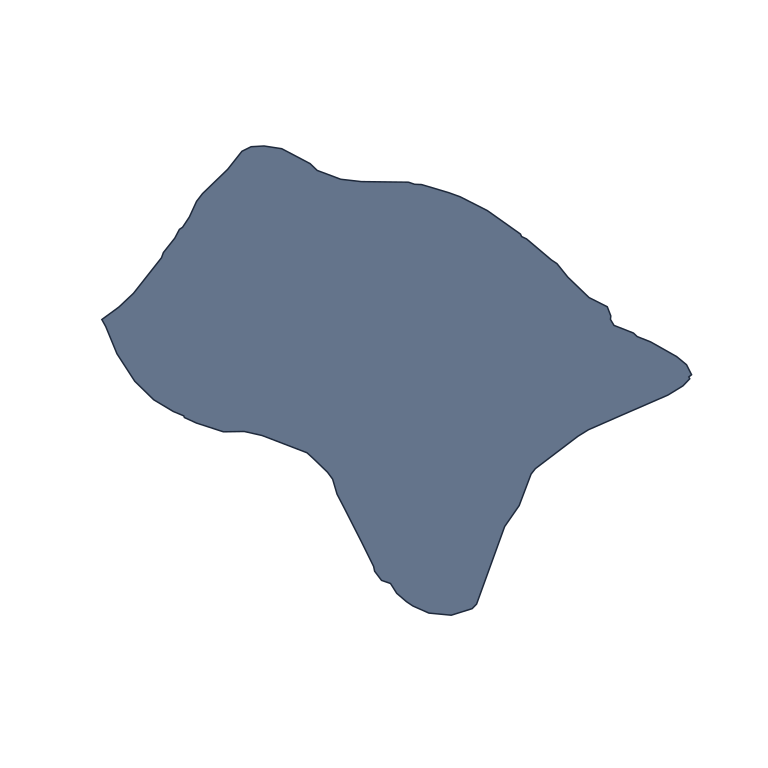 San Sebastián Huehuetenango, Huehuetenango, Guatemala (Natural Earth projection), rotated 289°
{"feature_id": "79465075B22472302807981", "entity_name": "San Sebastián Huehuetenango", "entity_type": "district", "adm_level": 2, "iso_a3": "GTM", "parent_name": "Guatemala", "parent_adm1": "Huehuetenango", "projection": "natural_earth1", "projection_center": [-91.558, 15.427], "detail": "fine", "context": "isolated", "style": "filled", "palette": "slate", "viewbox_px": 768, "rotation_deg": 289, "n_neighbors": 0, "source": "geoboundaries", "source_scale": "gbopen_adm2", "svg_char_len": 1190}
<svg xmlns="http://www.w3.org/2000/svg" viewBox="0 0 768 768"><g transform="rotate(289 384 384)"><path d="M565.1,181.1L557.8,173.9L536.1,166.3L504.9,150.4L495.7,147.3L478.6,145.6L466.6,142.5L463.6,140.2L453.8,138.7L436.5,132.6L430.9,132.5L388.2,117.6L370.5,108.3L353.1,96.2L347.7,102.2L325.6,121.7L305.4,147.5L294.1,171.4L289.4,193.7L288.7,205.0L287.3,206.2L286.0,219.4L286.5,247.7L293.6,267.3L295.6,285.4L293.9,333.6L290.9,340.6L282.2,359.3L277.3,366.4L264.5,375.5L253.7,386.9L235.7,405.5L227.8,413.7L208.1,433.6L203.9,436.1L197.5,445.6L197.5,455.1L190.2,464.2L185.5,476.1L183.5,483.6L182.0,501.0L187.3,522.9L200.3,540.5L206.0,543.2L288.5,544.5L313.0,551.4L346.7,552.4L353.3,554.7L397.6,584.3L407.4,592.3L431.8,618.8L466.0,656.1L479.6,667.3L488.5,671.4L489.9,669.9L492.9,671.8L500.7,663.8L505.2,651.8L510.6,622.5L511.3,607.9L513.4,603.3L514.3,582.4L518.8,577.1L522.2,576.3L529.7,570.0L532.5,549.7L544.9,523.0L554.1,508.4L555.8,501.9L567.6,471.5L568.2,466.1L570.2,464.2L581.6,425.3L585.8,395.2L586.0,383.6L584.8,354.5L582.8,347.9L582.8,341.5L568.0,296.7L563.5,276.4L564.2,251.3L568.3,242.4L573.2,210.7L570.0,193.1L565.1,181.1Z" fill="#64748b" stroke="#1e293b" stroke-width="1.5"/></g></svg>